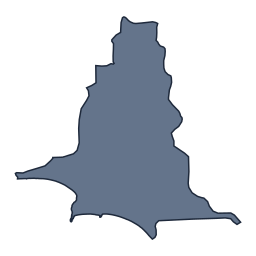 outline of Maldonado, Maldonado, Uruguay
{"feature_id": "84410073B43409820231729", "entity_name": "Maldonado", "entity_type": "district", "adm_level": 2, "iso_a3": "URY", "parent_name": "Uruguay", "parent_adm1": "Maldonado", "projection": "albers", "projection_center": [-55.013, -34.833], "detail": "fine", "context": "isolated", "style": "filled", "palette": "slate", "viewbox_px": 256, "rotation_deg": 0, "n_neighbors": 0, "source": "geoboundaries", "source_scale": "gbopen_adm2", "svg_char_len": 4066}
<svg xmlns="http://www.w3.org/2000/svg" viewBox="0 0 256 256"><path d="M17.5,178.9L21.2,178.7L22.0,178.7L23.8,178.6L24.7,178.6L25.8,178.6L26.3,178.6L26.6,178.8L26.7,178.7L26.9,178.7L27.1,178.6L27.4,178.5L28.6,178.4L29.0,178.4L29.5,178.3L29.8,178.4L32.9,178.3L33.1,178.3L33.4,178.3L33.6,178.3L33.8,178.2L34.1,178.2L34.3,178.2L34.5,178.3L34.9,178.4L35.2,178.4L35.4,178.4L35.8,178.4L36.0,178.5L36.4,178.5L36.9,178.4L37.3,178.4L37.7,178.4L38.1,178.5L38.6,178.5L39.1,178.5L39.4,178.6L40.0,178.6L43.5,178.7L47.6,179.2L51.0,179.9L53.9,180.6L55.3,181.0L55.8,181.1L56.5,181.4L57.4,181.8L58.2,182.0L58.7,182.2L62.7,184.0L63.4,184.4L64.4,184.8L64.9,185.1L65.5,185.5L66.9,186.4L68.3,187.4L68.8,187.7L70.4,188.8L70.8,189.1L71.6,189.6L72.2,190.1L72.5,190.3L72.8,190.6L73.1,190.8L74.0,191.6L74.6,192.2L74.9,192.5L75.1,192.7L75.6,193.4L76.7,195.2L76.8,196.5L76.5,197.8L76.5,200.1L75.1,201.9L74.4,202.1L74.1,202.4L73.8,202.7L73.5,203.4L73.0,203.9L72.8,204.0L72.5,204.6L72.4,204.7L72.0,205.6L72.0,206.5L71.4,208.2L71.4,209.8L71.8,210.6L72.2,211.8L72.1,212.2L72.4,212.7L71.9,214.3L71.7,215.0L71.9,215.2L71.6,215.9L71.8,216.1L71.7,216.3L71.8,216.5L71.5,216.8L71.5,217.1L71.5,217.4L71.4,217.7L71.3,218.0L71.1,218.2L70.8,218.8L71.0,219.0L70.6,219.1L70.3,220.0L70.5,220.1L70.5,220.4L70.5,220.7L70.6,220.9L70.5,221.1L70.6,221.3L70.6,221.5L70.9,221.7L71.3,221.8L71.5,221.6L71.7,221.2L71.9,221.1L71.8,220.6L71.8,220.0L72.1,220.1L72.3,220.0L72.5,219.8L72.4,219.5L72.4,219.4L72.5,219.2L72.8,218.8L72.8,218.6L73.0,218.6L73.3,218.4L73.4,218.0L73.7,217.0L74.0,216.9L74.2,216.3L74.2,216.1L74.4,216.0L74.5,216.1L74.7,215.9L74.7,215.7L74.8,215.6L78.5,214.8L82.4,214.3L86.4,214.1L90.4,214.0L95.1,214.5L95.9,214.8L96.8,214.9L97.2,215.0L97.6,215.0L98.4,215.1L99.1,215.3L99.4,215.4L99.7,215.7L99.8,215.8L99.9,216.0L99.7,216.3L99.8,216.6L99.8,216.9L99.9,217.2L100.1,217.2L100.4,217.2L100.7,217.1L100.7,216.9L100.8,216.8L101.1,216.6L101.4,216.3L101.5,216.1L101.3,216.0L101.2,215.8L101.3,215.4L101.5,215.4L101.7,215.2L102.0,215.0L102.2,214.7L102.4,214.5L102.5,214.2L102.9,214.1L104.3,214.0L105.9,214.0L106.5,214.0L107.9,214.1L110.1,214.4L112.1,214.7L113.9,215.1L115.2,215.4L116.4,215.7L119.3,216.5L121.9,217.4L125.1,218.6L126.4,219.2L128.2,219.8L130.0,220.7L130.5,220.9L131.1,221.2L131.4,221.3L131.7,221.5L132.4,221.9L133.1,222.3L133.8,222.7L135.0,223.4L136.4,224.2L138.6,225.6L139.4,226.2L140.2,226.9L140.9,227.4L141.6,227.9L142.0,228.2L142.5,228.7L143.0,229.2L143.6,229.7L144.8,231.0L145.2,231.3L145.7,231.8L146.0,232.2L146.2,232.4L146.6,232.8L147.0,233.2L147.3,233.6L148.2,234.6L148.5,235.0L148.9,235.5L149.5,236.1L150.1,236.7L150.2,236.9L150.3,237.0L150.9,237.6L151.4,238.1L151.9,238.7L152.4,239.1L154.9,237.4L156.2,234.8L156.1,230.0L155.2,226.4L155.9,223.5L158.7,220.7L192.3,219.1L216.4,218.3L225.3,217.9L230.7,218.7L233.4,221.8L237.0,224.4L238.0,223.8L240.6,222.2L234.4,215.1L230.8,213.0L218.0,213.2L213.1,211.2L209.3,206.2L207.6,201.6L203.9,198.1L201.8,197.7L197.6,196.4L192.1,192.8L188.8,187.4L188.2,183.3L188.9,171.6L188.5,156.7L184.6,153.2L173.9,146.0L173.9,141.0L172.3,136.6L171.3,133.1L174.8,129.3L178.7,126.4L181.7,121.7L182.2,119.1L181.9,117.5L180.7,116.3L179.8,113.3L178.7,111.2L172.4,104.7L168.5,99.5L168.5,97.6L169.4,89.9L170.7,86.3L171.6,82.4L171.3,77.6L170.8,75.9L167.9,74.5L165.1,71.7L163.9,68.0L163.7,64.2L163.7,60.6L164.9,55.6L165.2,51.4L165.0,48.7L163.6,47.1L160.3,46.0L158.7,44.1L157.8,42.2L156.1,40.4L156.6,37.2L156.8,32.7L156.7,27.1L157.3,25.0L157.7,23.5L155.7,22.5L152.6,21.8L150.0,22.1L141.8,23.0L135.9,23.5L133.5,23.3L130.3,21.9L128.5,20.6L127.2,19.2L125.6,17.6L123.9,16.9L122.5,17.7L121.1,22.6L120.6,32.4L116.2,35.0L111.9,39.7L111.8,41.2L113.5,43.6L113.4,49.3L113.1,56.0L113.2,61.9L114.1,63.4L113.3,64.1L111.0,63.7L106.8,65.8L101.8,66.1L95.8,65.6L96.0,82.8L91.7,85.5L86.6,87.8L88.4,90.7L89.0,95.8L86.6,100.4L81.2,108.8L79.3,119.4L78.7,128.5L79.2,142.9L77.1,150.4L73.5,153.8L62.6,157.2L52.8,157.5L52.8,158.3L50.5,160.9L45.0,165.9L36.9,168.4L27.8,171.1L23.0,173.0L16.7,172.7L15.4,173.4L16.1,175.4L17.7,177.1L17.5,178.9Z" fill="#64748b" stroke="#1e293b" stroke-width="1.5"/></svg>